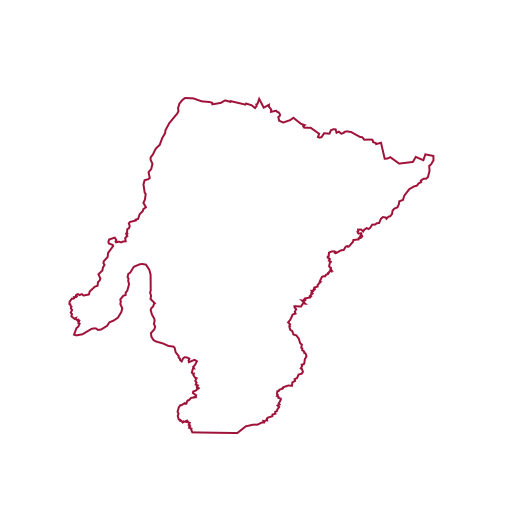 the district of Fuente De Oro, Meta, Colombia, rotated 78°
{"feature_id": "7082276B73436966556792", "entity_name": "Fuente De Oro", "entity_type": "district", "adm_level": 2, "iso_a3": "COL", "parent_name": "Colombia", "parent_adm1": "Meta", "projection": "natural_earth1", "projection_center": [-73.571, 3.391], "detail": "fine", "context": "isolated", "style": "outline", "palette": "rose", "viewbox_px": 512, "rotation_deg": 78, "n_neighbors": 0, "source": "geoboundaries", "source_scale": "gbopen_adm2", "svg_char_len": 6131}
<svg xmlns="http://www.w3.org/2000/svg" viewBox="0 0 512 512"><g transform="rotate(78 256 256)"><path d="M425.3,311.1L420.5,301.4L420.4,293.8L421.3,289.7L420.1,285.0L420.5,282.8L418.9,283.0L419.4,281.9L418.7,280.2L419.1,279.3L417.2,279.1L416.6,278.1L416.1,273.3L414.5,272.8L414.3,269.8L412.5,269.7L411.8,267.5L410.7,267.2L408.5,264.7L406.8,266.0L406.1,263.9L405.2,264.6L401.7,261.6L400.6,261.5L399.4,263.6L398.3,263.3L397.3,264.6L396.4,263.6L395.3,264.2L392.7,263.2L392.8,261.9L391.7,261.0L391.2,257.3L390.3,257.2L390.0,256.1L389.4,251.3L390.4,247.8L387.2,246.7L386.3,243.7L384.5,243.8L383.9,241.2L380.8,239.0L380.7,235.9L379.1,234.2L376.2,234.5L375.3,235.6L373.3,233.8L371.8,233.9L371.7,231.8L371.1,231.1L367.1,229.7L364.7,227.5L363.2,227.5L361.5,227.9L360.8,229.0L359.5,228.7L357.7,230.4L356.1,229.9L355.1,230.8L352.2,229.6L350.3,231.0L345.8,231.3L342.0,233.1L340.6,235.7L337.0,236.1L335.4,237.8L332.2,238.1L331.8,237.4L330.7,237.7L329.8,236.9L327.6,238.4L325.5,235.7L320.9,232.3L320.5,229.3L318.8,229.7L316.4,227.8L314.4,229.0L313.1,228.8L314.8,222.5L312.1,219.9L312.8,217.8L309.2,220.2L310.0,218.4L309.7,217.6L308.7,217.9L308.9,216.8L307.7,216.8L307.8,211.8L307.2,211.8L307.0,210.8L306.2,211.4L304.7,208.9L304.3,209.7L303.6,209.5L303.6,208.7L302.5,208.8L302.9,208.4L302.1,207.2L301.6,207.9L301.4,206.8L300.2,206.2L300.5,205.4L299.0,205.5L298.7,202.1L297.1,201.7L295.1,198.7L295.0,199.3L294.1,198.9L290.2,195.9L289.8,194.2L290.3,192.7L289.0,191.6L288.6,189.3L287.7,189.2L287.6,188.2L286.7,187.7L286.0,186.6L286.4,186.0L285.7,186.1L286.1,184.9L284.6,185.5L283.0,185.2L282.7,186.1L281.1,186.6L277.3,184.8L277.6,183.4L275.7,185.7L274.3,184.4L272.4,186.2L271.5,185.9L271.4,185.0L267.9,183.9L267.3,181.1L267.7,178.5L268.7,177.2L269.4,178.1L269.9,177.5L268.1,171.6L268.4,169.0L265.5,166.3L265.3,164.6L266.0,164.3L266.1,163.3L262.2,158.1L260.6,157.4L261.1,152.2L260.0,151.9L260.1,149.9L258.9,148.0L258.0,148.3L258.0,149.6L256.6,148.3L255.6,148.4L255.4,151.0L254.5,151.5L253.3,151.7L252.7,150.6L251.4,150.6L252.1,147.5L254.3,146.1L252.8,144.6L251.7,141.9L253.0,140.4L252.2,138.5L249.5,135.8L250.0,132.8L249.1,131.2L249.3,128.7L245.6,126.1L244.3,123.8L245.4,121.0L246.7,120.7L245.0,118.1L245.1,116.5L243.3,114.3L239.9,112.9L238.5,111.0L237.8,107.5L234.6,105.2L232.3,104.5L231.7,100.6L227.8,98.4L222.5,92.2L220.8,87.0L220.7,84.1L218.7,81.7L218.1,79.1L216.5,79.1L215.3,75.9L215.8,73.6L214.5,71.4L208.9,68.6L203.8,67.8L202.7,65.6L199.3,62.5L195.0,61.7L191.8,69.2L197.1,72.4L192.3,79.1L196.6,83.0L195.4,96.7L187.3,104.1L188.0,107.3L187.6,109.9L171.2,110.2L171.5,115.2L170.4,115.3L169.0,117.8L167.2,117.7L166.2,118.5L164.7,126.0L162.0,127.3L161.1,129.6L154.5,137.2L153.0,141.2L153.0,143.7L153.8,144.5L154.1,147.2L151.6,149.1L152.2,151.6L148.7,151.8L148.1,153.8L148.6,156.6L151.6,158.7L150.1,163.9L153.4,167.2L153.4,169.3L152.5,170.7L149.6,168.8L142.0,175.8L140.5,182.2L138.9,182.9L138.1,181.2L136.0,184.6L128.6,190.7L130.2,194.4L131.1,201.6L128.5,205.2L124.7,205.3L124.1,203.8L122.6,203.1L120.3,203.9L119.5,205.3L118.1,206.0L118.1,211.4L115.9,210.7L112.5,212.4L110.8,211.9L112.5,217.6L103.0,220.2L107.5,222.9L107.8,224.2L109.4,224.2L111.1,226.2L107.7,228.9L104.8,234.0L105.7,234.9L99.2,248.7L99.9,249.0L97.4,253.9L98.9,258.5L98.6,267.1L97.0,267.0L95.7,269.5L93.4,277.0L88.8,284.5L86.7,292.5L88.1,295.6L90.9,299.1L95.1,301.5L98.1,301.7L100.1,303.2L108.0,313.2L114.3,318.5L116.9,319.3L121.0,323.1L127.3,327.1L130.1,331.7L135.2,335.7L137.7,338.6L140.0,339.1L144.3,338.1L149.1,340.4L151.8,343.7L157.6,343.7L158.5,345.3L158.7,349.2L162.6,351.2L170.9,351.7L172.4,351.0L177.7,352.9L180.6,355.1L185.4,353.5L186.8,356.5L188.4,357.3L190.9,361.1L195.2,363.6L195.4,366.2L196.3,366.2L196.5,372.1L197.6,373.6L200.3,373.3L202.3,374.3L203.1,376.4L206.1,377.2L206.8,378.1L207.6,377.3L208.3,378.3L209.7,377.7L211.2,380.2L214.5,380.4L214.2,383.2L214.7,384.8L213.5,387.1L213.5,390.1L212.6,390.4L211.5,389.3L208.7,390.3L209.3,396.2L211.5,397.5L213.2,397.3L215.4,393.8L216.5,393.6L222.2,400.0L226.2,401.4L229.6,406.1L231.4,406.7L233.2,406.0L235.4,408.1L238.3,409.3L241.1,413.9L245.8,412.9L247.6,414.2L248.7,416.0L252.2,417.2L252.5,420.0L256.1,426.0L258.9,427.5L258.8,432.9L257.1,434.3L257.5,436.8L256.3,438.0L256.5,439.7L257.1,440.3L258.2,439.6L258.7,440.3L258.4,442.6L259.4,442.5L259.8,443.5L259.4,444.9L261.9,447.8L264.1,448.5L264.7,447.6L266.0,447.8L267.3,447.0L268.7,448.0L270.5,447.1L272.9,449.0L274.5,448.1L276.6,449.1L279.6,446.7L279.3,445.2L280.2,445.9L281.0,444.5L282.4,443.8L281.5,443.0L282.6,442.2L284.6,443.7L285.5,442.6L288.1,444.5L289.2,446.6L295.1,450.3L296.3,448.2L296.5,442.1L293.1,432.0L293.1,429.6L293.6,427.6L295.5,425.9L295.7,422.7L293.3,416.1L290.4,413.2L289.5,408.5L287.6,403.9L282.7,399.3L279.4,397.7L274.7,398.7L272.6,397.7L270.3,397.8L267.2,393.9L267.1,391.7L264.6,391.0L263.3,389.2L257.2,386.0L253.8,386.2L251.6,385.4L249.9,386.0L247.1,384.7L246.0,382.4L241.2,377.8L239.9,371.3L240.2,368.8L241.6,365.4L247.4,363.2L252.4,363.0L268.0,366.2L269.7,367.2L273.0,366.9L276.2,368.1L281.2,364.8L281.6,365.8L283.9,367.0L285.1,369.0L287.0,370.3L291.4,370.0L296.4,368.5L298.6,368.7L301.1,370.0L304.1,369.3L306.7,370.8L309.6,374.8L313.3,375.1L317.0,373.7L318.7,371.8L322.2,365.2L325.8,360.3L327.5,355.5L328.9,354.7L333.4,354.6L337.9,352.4L339.1,352.8L340.7,351.7L341.7,352.0L343.6,350.6L341.0,348.6L340.2,346.8L341.0,344.4L342.6,342.5L344.2,343.7L345.9,343.7L344.8,337.7L346.6,335.7L349.8,338.2L351.3,340.4L353.1,339.9L352.8,341.0L356.7,343.0L357.8,342.4L358.1,341.2L359.5,342.0L362.2,341.0L363.2,339.5L365.5,341.4L367.4,340.4L369.2,341.7L370.5,339.8L371.5,341.1L372.6,341.2L372.9,339.8L373.4,339.4L375.2,343.2L375.5,345.6L376.9,346.2L379.8,343.5L381.1,344.1L381.1,344.9L381.6,344.6L381.3,349.0L383.3,351.9L383.0,352.6L383.5,353.4L386.0,354.8L385.9,356.0L385.1,356.3L386.5,360.1L386.2,361.0L388.0,363.0L392.1,365.1L394.1,364.5L396.2,365.8L399.9,365.5L400.5,364.1L401.5,364.4L401.8,363.4L402.8,362.8L402.7,361.8L403.5,362.0L402.7,357.6L403.2,357.3L404.0,358.2L405.3,355.5L407.0,356.8L407.3,356.1L408.5,356.4L408.7,357.5L409.0,356.1L410.1,357.1L411.4,355.0L412.5,355.5L415.3,354.9L425.3,311.1Z" fill="none" stroke="#9f1239" stroke-width="2"/></g></svg>